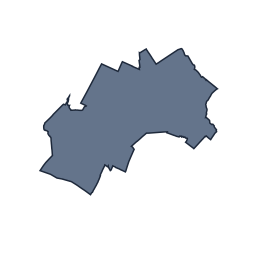 the district of Piatra-Olt, Olt, Romania, rotated 137°
{"feature_id": "2599482B68816906469751", "entity_name": "Piatra-Olt", "entity_type": "district", "adm_level": 2, "iso_a3": "ROU", "parent_name": "Romania", "parent_adm1": "Olt", "projection": "orthographic", "projection_center": [24.264, 44.37], "detail": "fine", "context": "isolated", "style": "filled", "palette": "slate", "viewbox_px": 256, "rotation_deg": 137, "n_neighbors": 0, "source": "geoboundaries", "source_scale": "gbopen_adm2", "svg_char_len": 5448}
<svg xmlns="http://www.w3.org/2000/svg" viewBox="0 0 256 256"><g transform="rotate(137 128 128)"><path d="M103.6,192.9L108.5,191.2L113.8,189.3L118.6,187.6L133.9,182.3L145.6,178.4L145.5,178.0L145.0,176.9L143.8,173.8L143.6,173.4L143.6,173.1L143.5,172.6L143.9,172.6L144.4,172.9L145.4,173.2L145.9,173.1L146.8,172.8L147.5,172.6L148.2,172.3L148.5,172.2L149.0,172.2L149.4,172.3L149.8,172.5L150.2,172.8L151.8,174.4L152.4,175.2L153.3,176.1L154.1,176.9L154.2,177.2L154.7,177.4L155.4,178.0L156.3,178.7L157.3,179.6L157.7,179.9L157.7,180.0L157.5,180.3L157.4,180.4L157.3,180.6L157.4,181.4L157.3,181.8L157.2,182.8L157.0,183.2L156.3,183.9L156.0,184.2L155.7,184.3L155.4,184.4L156.4,185.2L156.4,185.4L156.4,185.7L156.1,186.2L155.7,187.4L155.5,187.6L154.4,187.9L153.8,188.1L153.0,188.7L152.6,189.0L152.2,189.2L152.0,189.6L151.8,189.7L151.8,189.9L151.7,190.1L151.6,190.3L151.0,190.4L150.7,190.5L150.4,190.8L149.8,191.1L148.8,191.4L148.7,191.5L149.5,191.3L150.7,190.8L151.2,190.7L151.9,190.9L152.2,190.8L153.0,190.4L153.1,190.1L153.4,189.5L153.7,189.2L154.2,188.8L155.4,188.5L156.4,188.3L156.6,188.0L156.9,187.9L157.6,187.9L158.0,187.7L158.3,188.3L158.7,188.8L158.9,189.3L160.1,189.4L173.5,188.9L174.1,188.8L174.2,188.7L177.7,188.5L183.4,188.4L184.9,188.4L185.4,188.4L186.6,187.6L187.8,187.3L188.1,187.1L188.7,186.5L189.5,185.6L189.8,185.2L190.1,184.7L190.5,184.0L190.4,183.6L190.1,183.2L190.3,182.9L189.4,181.7L189.2,181.3L189.1,180.3L188.9,179.9L188.9,179.7L189.8,179.1L190.3,178.6L190.5,178.2L190.9,176.3L190.8,175.8L190.7,175.4L191.0,175.0L190.9,174.7L190.8,174.4L190.9,173.8L191.0,173.5L191.7,172.5L192.7,171.4L194.3,169.3L194.4,169.2L195.7,167.5L197.7,165.0L198.6,163.7L201.5,160.1L201.8,159.6L202.0,159.6L202.2,159.4L206.2,159.2L211.8,158.8L215.4,158.2L221.4,156.8L216.2,146.9L214.1,139.9L211.0,135.7L206.0,127.4L204.4,121.5L203.1,115.4L202.2,111.6L200.9,104.8L198.6,105.5L198.0,105.3L197.9,105.2L197.0,105.6L196.3,105.8L196.1,105.9L195.9,106.1L194.9,106.3L193.9,106.6L193.1,106.9L190.5,107.7L189.1,108.2L188.8,108.4L188.4,108.5L187.1,108.9L186.1,109.4L185.8,109.6L184.4,110.1L181.0,111.8L180.6,112.0L180.6,112.4L180.0,112.7L177.5,113.7L176.9,113.9L175.7,114.5L170.9,116.3L170.1,116.8L169.9,116.1L169.8,115.4L169.5,114.4L169.5,113.9L169.5,113.7L169.3,113.4L169.1,113.4L168.5,113.6L169.0,112.9L169.2,112.1L170.0,108.9L169.5,108.8L168.8,108.9L168.1,109.2L167.3,109.6L164.9,110.7L164.6,109.7L164.2,108.9L163.9,108.0L163.9,107.4L163.4,106.4L163.0,105.5L162.8,105.0L162.3,104.1L161.9,102.7L160.3,98.9L159.9,97.7L159.0,98.0L157.8,98.7L155.2,100.2L150.5,102.8L149.4,103.3L145.8,104.9L139.1,107.8L138.2,108.1L138.0,108.3L138.0,109.2L137.9,109.7L137.7,110.4L137.7,110.6L137.8,111.4L137.9,112.0L138.0,112.3L132.0,112.2L131.8,112.2L130.4,112.1L130.2,112.0L129.3,112.0L126.5,111.9L123.4,111.9L119.5,111.7L118.1,111.7L116.3,110.1L104.2,100.4L101.9,98.4L102.8,98.0L101.5,95.5L99.4,91.3L98.9,90.5L98.2,88.9L97.6,88.0L97.2,87.4L96.7,86.6L95.9,86.9L95.7,86.7L95.5,86.4L95.4,86.4L94.7,85.9L94.5,85.6L94.3,85.0L94.8,85.3L94.8,85.1L94.5,85.0L94.1,84.8L94.0,84.7L94.9,85.0L94.9,84.8L94.9,84.7L94.2,84.5L93.6,84.3L93.6,84.2L93.7,83.6L93.7,83.4L93.6,83.2L93.4,83.0L92.8,82.8L92.6,82.7L92.5,82.4L92.7,81.8L92.8,81.5L92.7,81.4L92.3,80.8L92.0,80.5L91.7,80.1L91.7,79.9L91.9,79.8L92.0,79.7L92.2,79.4L92.4,79.3L92.6,79.2L93.3,78.9L94.1,78.5L95.6,78.3L93.9,68.3L93.9,68.0L87.2,68.5L85.0,68.7L83.2,68.8L82.6,68.9L80.3,69.0L78.4,69.2L77.3,69.3L77.2,68.8L76.2,68.8L75.9,65.4L75.5,63.1L72.4,63.9L70.8,64.2L68.5,64.8L68.1,64.9L65.7,64.9L65.5,65.5L65.3,66.0L65.1,66.1L64.6,66.2L64.5,66.3L64.4,67.5L64.4,68.1L64.2,69.7L64.1,70.0L63.7,70.7L63.5,70.8L63.4,72.9L63.6,73.1L64.0,73.2L64.4,73.4L64.4,73.8L64.7,75.2L64.7,75.7L64.7,76.0L64.4,76.3L64.1,76.7L63.7,77.2L63.4,77.5L63.2,78.1L63.2,78.6L63.3,79.5L63.3,80.2L63.4,80.6L63.4,81.2L63.6,81.7L63.7,82.1L63.5,82.3L63.5,82.7L63.5,82.8L63.9,82.9L62.0,84.2L61.7,84.3L61.4,84.3L60.7,84.9L60.7,85.3L60.6,85.5L59.1,86.5L58.3,87.0L57.7,87.5L57.2,88.3L57.0,88.8L56.9,89.3L56.7,89.6L56.4,90.1L56.2,90.5L55.5,91.4L55.2,92.1L54.9,92.4L54.1,92.7L52.8,93.6L52.6,93.7L52.0,93.9L50.8,93.8L50.1,93.9L49.5,94.1L48.1,94.6L47.6,94.7L46.9,94.9L46.3,95.0L45.7,95.2L44.9,95.5L44.1,95.8L42.8,96.1L39.2,96.1L37.7,96.0L36.9,96.0L35.9,95.7L36.0,96.3L36.2,98.3L37.4,106.7L37.8,110.3L38.0,110.8L38.2,110.6L38.1,111.3L38.1,111.6L38.2,112.8L38.3,113.1L38.3,113.5L38.4,114.3L38.5,114.7L39.4,114.8L39.5,114.9L39.6,115.5L39.5,116.1L39.2,116.9L39.1,117.4L39.0,118.5L38.7,120.5L38.7,121.2L38.7,121.8L38.8,122.4L38.7,123.2L38.8,123.6L38.9,124.2L39.0,124.6L39.4,125.4L39.5,125.6L38.4,126.3L37.8,126.8L37.6,127.0L37.1,127.6L36.8,128.2L36.6,128.7L36.9,129.2L37.1,129.4L37.2,130.0L37.1,130.9L37.0,132.0L36.9,132.1L35.1,139.8L36.7,141.6L36.7,142.4L36.6,142.6L36.5,143.2L36.2,143.9L35.8,144.5L35.5,145.4L35.2,146.3L35.0,146.8L34.7,148.4L34.6,148.8L34.6,149.1L34.8,149.6L35.0,149.8L36.4,150.4L36.6,150.5L37.1,150.7L37.8,151.1L38.1,151.2L57.3,154.4L61.9,155.1L62.0,155.2L63.9,155.5L63.0,160.8L62.8,162.3L62.4,164.1L62.3,164.8L62.2,165.3L62.1,165.9L62.0,166.5L61.9,167.0L61.8,167.7L61.7,168.1L61.7,168.5L61.5,169.9L61.3,170.8L61.0,172.9L60.8,173.3L61.7,173.6L68.2,174.9L68.3,175.3L69.7,173.7L71.9,170.8L72.4,170.1L72.6,169.9L73.0,169.9L73.5,169.8L73.8,169.9L75.8,167.1L76.4,166.2L77.9,164.3L78.1,164.4L78.5,164.7L79.7,163.1L82.8,170.1L82.6,170.2L84.9,175.6L86.9,180.3L87.7,180.0L88.5,179.7L92.0,178.2L95.4,176.7L96.7,176.2L103.6,192.9Z" fill="#64748b" stroke="#1e293b" stroke-width="1.5"/></g></svg>